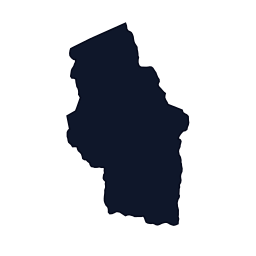 Bonito, Bahia, Brazil, rotated 170°
{"feature_id": "56859067B59206206235036", "entity_name": "Bonito", "entity_type": "district", "adm_level": 2, "iso_a3": "BRA", "parent_name": "Brazil", "parent_adm1": "Bahia", "projection": "robinson", "projection_center": [-41.324, -11.969], "detail": "fine", "context": "isolated", "style": "filled", "palette": "ink", "viewbox_px": 256, "rotation_deg": 170, "n_neighbors": 0, "source": "geoboundaries", "source_scale": "gbopen_adm2", "svg_char_len": 2814}
<svg xmlns="http://www.w3.org/2000/svg" viewBox="0 0 256 256"><g transform="rotate(170 128 128)"><path d="M173.4,102.2L171.7,100.4L171.5,98.3L170.7,96.5L168.9,95.9L167.7,95.2L165.1,94.8L163.0,94.8L161.0,93.9L158.9,93.6L158.0,92.4L158.7,90.2L158.8,87.5L160.0,86.1L160.5,84.5L161.0,82.9L160.7,81.4L159.1,79.1L159.9,76.9L159.9,75.4L160.2,73.3L161.5,70.8L161.8,68.8L162.2,67.1L162.9,64.9L163.5,62.5L163.8,60.3L163.6,58.4L162.9,55.8L161.6,53.9L161.3,52.2L161.4,50.4L161.8,48.5L160.8,46.8L158.5,46.6L156.0,47.2L154.2,47.8L152.6,47.5L150.5,46.7L145.7,42.2L143.8,42.6L141.8,42.5L140.0,41.7L138.3,40.9L136.8,39.8L134.9,39.5L132.4,39.1L130.0,38.7L128.1,38.8L127.2,36.8L126.9,34.5L126.4,32.2L125.0,31.1L123.6,30.6L122.0,30.1L120.0,30.0L118.6,29.2L117.1,28.0L115.5,27.5L113.5,27.8L111.5,28.4L110.1,28.6L107.9,28.8L105.9,28.4L104.3,27.2L103.2,26.2L101.2,25.0L99.8,24.4L97.8,24.5L95.4,25.1L94.9,27.4L94.0,29.7L94.2,32.0L93.6,34.1L93.3,36.0L92.8,38.5L92.9,40.5L93.1,42.2L92.9,43.8L92.8,45.7L91.8,48.1L91.0,49.5L89.9,50.7L89.3,52.3L89.6,54.0L89.1,55.9L88.7,57.7L88.4,59.2L87.6,60.8L87.4,63.3L85.8,65.2L85.0,67.5L85.0,69.5L84.8,71.6L84.0,73.7L82.6,75.8L81.9,78.6L82.0,81.4L81.8,83.5L82.0,85.0L81.5,87.2L81.6,90.2L82.5,92.8L82.5,94.4L82.5,96.4L81.8,98.2L80.2,100.5L79.7,102.4L78.9,104.0L78.2,105.7L78.6,107.2L80.4,108.7L79.7,110.5L77.9,112.6L76.0,114.3L74.0,115.6L72.3,115.5L70.4,116.4L69.5,118.7L68.2,120.7L67.4,122.8L67.3,125.3L67.0,127.2L66.8,129.0L68.0,130.8L69.3,131.7L71.3,133.6L71.6,136.2L84.6,144.2L85.2,146.5L86.2,149.1L86.7,151.7L86.1,153.8L85.3,155.6L86.6,157.0L87.8,158.9L89.1,161.1L90.4,163.0L91.1,165.0L90.4,167.0L89.3,168.3L89.1,170.4L90.1,172.6L90.7,175.3L91.1,177.6L92.0,179.5L92.6,181.0L93.2,182.5L94.3,183.8L95.8,184.3L97.4,184.3L99.1,184.4L101.6,184.9L103.5,185.3L105.0,185.7L106.5,187.5L106.9,190.2L106.7,191.9L106.3,193.7L105.5,195.7L105.8,197.5L105.5,199.5L105.4,201.9L105.5,203.5L105.2,206.1L106.2,208.5L107.0,210.4L107.3,212.4L107.3,214.4L107.2,217.1L107.6,219.5L108.3,221.3L109.3,222.3L111.1,223.5L112.1,225.6L112.0,227.3L111.9,229.1L112.3,231.6L149.5,222.3L167.8,216.9L170.6,216.0L171.5,214.2L172.3,211.8L172.5,209.5L171.8,207.9L171.0,206.6L169.6,205.1L167.7,204.5L168.1,202.0L169.4,200.3L170.2,198.7L171.3,197.3L172.5,196.1L173.5,194.6L174.0,193.2L174.7,191.0L175.4,188.9L174.6,187.0L172.3,186.5L170.8,185.2L171.0,183.6L171.1,181.7L171.0,179.9L171.0,177.6L170.3,176.0L170.0,173.8L170.2,171.5L170.7,169.6L170.1,168.2L169.5,166.2L174.6,157.1L176.6,153.8L184.4,151.0L185.9,150.5L185.6,137.0L187.2,136.0L188.4,134.4L188.8,132.4L189.2,130.1L188.9,128.0L189.0,126.2L188.8,124.3L187.8,123.0L186.6,121.5L185.8,119.3L182.9,118.9L181.3,118.3L181.2,116.0L180.7,114.2L179.4,112.6L178.2,110.7L177.8,107.9L177.8,105.8L176.4,104.5L174.5,104.0L173.4,102.2Z" fill="#0f172a" stroke="#020617" stroke-width="1.5"/></g></svg>